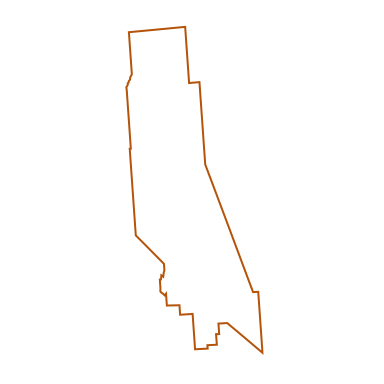 outline of Denali, Alaska, United States of America, rotated 266°
{"feature_id": "52423323B25289890288494", "entity_name": "Denali", "entity_type": "district", "adm_level": 2, "iso_a3": "USA", "parent_name": "United States of America", "parent_adm1": "Alaska", "projection": "robinson", "projection_center": [-150.374, 63.542], "detail": "fine", "context": "isolated", "style": "outline", "palette": "amber", "viewbox_px": 384, "rotation_deg": 266, "n_neighbors": 0, "source": "geoboundaries", "source_scale": "gbopen_adm2", "svg_char_len": 874}
<svg xmlns="http://www.w3.org/2000/svg" viewBox="0 0 384 384"><g transform="rotate(266 192 192)"><path d="M298.6,134.0L265.4,134.0L239.5,134.0L239.5,132.9L193.3,132.9L152.6,132.9L140.5,143.4L122.3,159.0L115.5,159.0L114.1,158.3L109.5,157.4L111.0,155.6L108.2,155.2L106.9,154.9L106.9,153.8L97.9,153.8L95.4,153.5L94.4,153.8L92.6,155.9L90.8,157.5L92.4,159.0L80.5,159.0L79.9,171.6L70.4,171.6L70.3,184.1L34.9,184.1L34.7,196.7L38.1,196.7L37.9,206.1L48.5,206.1L48.4,209.2L58.9,209.2L58.8,218.0L44.7,232.6L26.8,251.0L30.0,251.1L73.4,251.1L87.8,251.1L87.9,245.9L122.4,235.7L152.8,226.7L178.1,219.2L218.6,207.1L241.1,207.1L285.4,207.1L301.1,207.1L300.9,196.7L350.9,196.7L357.2,196.7L356.5,169.0L355.8,140.2L314.4,140.2L313.3,140.1L311.0,138.5L308.4,138.0L307.0,136.7L305.3,136.2L305.0,135.5L303.4,135.4L301.0,133.8L298.6,134.0Z" fill="none" stroke="#b45309" stroke-width="2"/></g></svg>